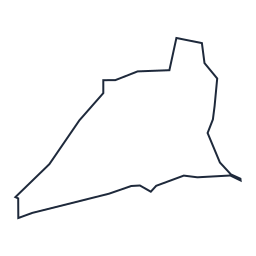 Union, Pennsylvania, United States of America
{"feature_id": "52423323B12259701702978", "entity_name": "Union", "entity_type": "district", "adm_level": 2, "iso_a3": "USA", "parent_name": "United States of America", "parent_adm1": "Pennsylvania", "projection": "albers", "projection_center": [-77.037, 40.978], "detail": "fine", "context": "isolated", "style": "outline", "palette": "slate", "viewbox_px": 256, "rotation_deg": 0, "n_neighbors": 0, "source": "geoboundaries", "source_scale": "gbopen_adm2", "svg_char_len": 483}
<svg xmlns="http://www.w3.org/2000/svg" viewBox="0 0 256 256"><path d="M15.4,197.1L18.2,198.4L18.3,218.0L32.3,212.9L109.0,193.7L131.2,186.0L139.9,185.5L150.8,191.7L156.2,185.8L183.8,175.6L197.4,177.3L230.3,175.5L240.6,180.5L240.4,178.7L230.9,174.4L219.9,162.5L207.6,133.0L212.9,119.4L214.6,106.0L217.2,78.5L204.5,63.1L201.9,43.1L176.4,38.0L169.4,70.2L137.6,71.4L115.4,80.1L103.3,80.2L103.3,93.1L79.4,120.3L49.4,164.1L15.4,197.1Z" fill="none" stroke="#1e293b" stroke-width="2"/></svg>